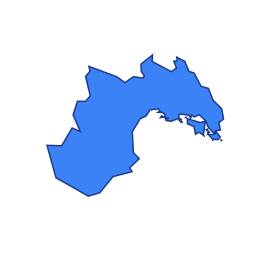 the district of Pangasinan, Dagupan, Philippines, rotated 138°
{"feature_id": "2640588B43628149657030", "entity_name": "Pangasinan", "entity_type": "district", "adm_level": 2, "iso_a3": "PHL", "parent_name": "Philippines", "parent_adm1": "Dagupan", "projection": "natural_earth1", "projection_center": [119.981, 16.031], "detail": "medium", "context": "isolated", "style": "filled", "palette": "blue", "viewbox_px": 256, "rotation_deg": 138, "n_neighbors": 0, "source": "geoboundaries", "source_scale": "gbopen_adm2", "svg_char_len": 1758}
<svg xmlns="http://www.w3.org/2000/svg" viewBox="0 0 256 256"><g transform="rotate(138 128 128)"><path d="M154.2,92.9L153.4,97.3L140.2,97.7L140.5,106.0L127.3,122.4L112.5,126.8L106.7,124.8L99.4,126.7L92.7,122.0L92.9,119.2L95.2,119.6L92.1,116.7L91.4,113.0L93.9,111.6L91.1,107.8L93.9,109.8L94.7,108.0L91.3,104.0L83.5,101.3L84.7,100.4L84.7,99.4L81.5,103.9L80.0,103.6L74.0,96.5L74.9,93.5L71.9,94.9L71.5,92.0L66.2,90.1L65.4,81.1L67.6,76.0L67.9,69.4L67.2,66.5L64.9,67.4L60.7,64.7L56.9,71.1L51.0,70.7L45.5,79.6L46.2,91.7L41.7,103.6L45.8,110.1L42.1,124.6L44.8,129.2L41.2,139.6L44.4,148.0L46.3,145.2L49.3,146.9L51.8,140.2L58.2,141.0L65.5,161.3L60.9,165.9L75.6,166.8L80.4,161.0L80.9,155.9L83.7,155.2L89.6,162.5L99.9,163.7L102.0,173.5L115.8,199.9L118.4,195.6L125.0,194.7L134.5,177.2L141.7,176.2L147.7,181.7L160.0,174.5L165.8,157.3L169.5,165.4L189.2,159.2L199.8,169.3L214.8,139.2L203.1,103.9L192.3,98.8L171.6,101.9L154.2,92.9ZM76.8,72.3L66.0,81.3L70.7,83.7L77.7,95.2L81.0,91.3L78.0,84.9L81.7,78.7L78.0,77.1L76.8,72.3ZM68.8,59.0L65.4,59.8L65.1,66.1L67.5,65.4L72.6,68.9L72.7,63.0L68.8,59.0ZM72.8,70.3L70.4,70.2L70.5,72.2L72.8,70.3ZM96.9,114.0L94.5,112.5L94.7,114.4L96.9,114.0ZM71.0,73.7L69.8,74.0L71.1,74.5L71.0,73.7ZM83.4,98.3L82.7,98.9L83.3,99.1L83.4,98.3ZM73.1,62.4L72.3,62.2L72.7,62.8L73.1,62.4ZM77.9,97.0L77.7,96.5L77.4,96.8L77.9,97.0ZM76.6,70.7L76.3,70.4L76.8,71.3L76.6,70.7ZM83.7,99.4L83.6,99.8L84.2,99.8L83.7,99.4ZM67.1,56.2L66.7,56.1L66.8,56.7L67.1,56.2ZM84.2,98.1L83.8,97.1L83.7,97.5L84.2,98.1ZM83.4,99.6L82.7,99.3L83.1,99.7L83.4,99.6ZM65.7,81.9L65.8,81.3L65.8,81.2L65.7,81.9ZM84.6,96.5L84.0,96.7L84.7,96.8L84.6,96.5ZM83.7,96.7L83.8,95.7L83.7,96.3L83.7,96.7ZM82.0,77.6L82.0,77.9L82.2,77.4L82.0,77.6Z" fill="#3b82f6" stroke="#1e3a8a" stroke-width="1.5"/></g></svg>